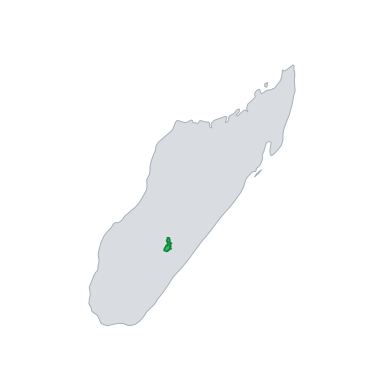 Isandra, Haute Matsiatra, Madagascar shown in context, rotated 24°
{"feature_id": "10022922B29889196912325", "entity_name": "Isandra", "entity_type": "district", "adm_level": 2, "iso_a3": "MDG", "parent_name": "Madagascar", "parent_adm1": "Haute Matsiatra", "projection": "equal_earth", "projection_center": [46.965, -21.25], "detail": "fine", "context": "in_parent", "style": "filled", "palette": "green", "viewbox_px": 384, "rotation_deg": 24, "n_neighbors": 0, "source": "geoboundaries", "source_scale": "gbopen_adm2", "svg_char_len": 5903}
<svg xmlns="http://www.w3.org/2000/svg" viewBox="0 0 384 384"><g transform="rotate(24 192 192)"><path d="M238.4,43.3L239.2,45.8L240.1,48.2L243.0,53.9L244.3,56.1L245.3,58.5L245.8,63.1L247.7,70.4L249.4,81.4L249.9,92.5L250.4,97.7L251.7,102.5L253.9,107.5L254.6,113.1L253.2,118.8L251.2,124.2L250.7,125.2L249.8,126.6L249.4,126.5L247.8,125.2L246.5,122.9L244.9,117.5L244.3,114.8L243.6,114.4L241.7,114.6L240.3,116.3L240.0,117.4L240.3,120.4L240.8,123.1L241.1,125.9L241.1,129.3L241.6,130.4L242.4,131.3L243.1,133.5L243.2,139.0L242.7,141.7L241.4,144.0L241.5,145.3L241.9,146.7L241.5,147.5L239.7,148.5L238.9,149.4L237.9,151.8L236.4,156.7L236.1,159.1L237.1,166.7L236.8,172.1L234.7,182.3L233.6,187.1L231.9,192.9L229.4,200.5L226.9,210.1L224.8,219.9L223.2,225.8L221.4,231.6L219.0,241.9L216.9,252.3L213.9,263.7L209.7,276.4L209.2,278.0L208.4,284.5L207.4,290.1L206.3,295.7L204.0,304.9L203.7,307.7L203.2,310.4L200.9,316.1L200.0,318.2L199.3,320.5L199.0,323.4L198.3,326.1L196.7,331.2L194.2,335.6L192.6,337.2L189.0,339.5L187.2,340.0L183.2,340.0L179.3,341.3L175.3,343.9L171.4,346.7L170.0,348.1L168.3,348.9L163.2,349.1L161.6,348.4L156.5,343.7L154.5,342.9L150.7,342.3L149.6,341.8L148.5,341.2L147.0,338.7L143.9,336.6L143.2,336.0L142.7,334.5L142.4,333.0L141.6,331.2L141.0,327.9L140.0,325.6L137.2,321.4L136.8,320.1L136.6,315.7L136.6,312.8L136.3,307.3L136.6,304.8L137.6,302.5L137.2,300.0L136.1,297.4L135.7,294.7L134.9,292.2L131.9,287.7L131.2,285.5L130.7,283.2L129.5,276.2L129.4,273.7L129.5,268.5L129.9,265.8L130.6,263.9L130.7,262.5L131.2,261.3L131.9,260.3L132.3,259.2L133.4,252.5L134.8,251.0L136.8,250.1L138.5,248.4L139.4,246.0L140.4,241.1L142.9,236.3L143.9,233.7L146.0,229.8L147.8,224.4L148.4,221.8L148.7,219.2L149.2,213.5L149.5,210.6L149.4,207.7L148.4,204.8L145.8,199.5L145.7,198.5L145.9,194.6L145.6,191.7L144.7,188.9L143.4,186.2L142.2,181.2L141.6,172.9L141.7,169.9L141.3,167.2L140.4,164.6L141.0,160.2L148.6,144.0L148.9,142.1L148.6,137.2L148.7,134.3L149.0,133.3L149.6,132.6L150.9,132.3L157.1,131.6L157.9,131.1L159.5,129.8L161.6,127.1L162.6,126.4L163.4,126.7L164.0,127.8L164.7,128.4L167.2,127.2L168.2,127.2L169.2,127.4L169.6,126.3L169.9,124.8L170.2,123.7L170.9,123.2L174.2,122.8L176.2,122.4L178.9,121.4L179.5,121.6L181.7,125.3L182.3,125.6L183.2,125.8L183.9,125.1L182.1,123.1L181.9,122.1L182.0,120.8L182.9,118.1L184.5,116.1L188.0,113.0L191.6,109.4L192.6,109.2L193.5,109.7L194.2,114.0L194.1,114.7L194.7,114.7L195.4,114.2L196.0,112.5L196.0,111.1L195.5,109.7L195.3,108.6L195.3,107.5L197.1,105.0L198.6,102.6L199.2,99.8L199.8,98.5L201.4,97.0L201.8,97.2L202.2,98.4L202.4,99.7L202.0,101.0L201.4,102.2L201.2,103.9L202.0,104.2L202.9,103.8L204.0,100.8L205.4,97.9L206.2,96.5L207.2,95.4L208.9,95.6L210.6,96.3L207.9,93.3L207.2,89.1L210.4,82.0L210.5,80.5L210.9,80.0L211.1,79.5L209.5,77.1L209.2,75.9L209.4,74.0L210.2,72.4L210.9,71.3L211.9,70.9L212.7,71.5L214.5,73.5L215.7,73.8L217.2,71.9L218.4,69.5L220.1,67.8L222.2,66.8L225.3,63.1L227.3,55.2L227.4,52.9L227.0,50.2L226.3,47.5L225.1,44.2L225.4,43.5L227.1,43.9L227.7,43.5L229.5,40.5L232.6,34.9L233.6,35.0L234.4,36.0L234.7,37.5L235.3,38.7L237.4,41.3L238.4,43.3ZM217.3,65.4L217.3,66.2L215.0,65.9L214.6,62.9L215.7,62.8L216.0,61.6L216.7,61.4L217.4,64.1L217.3,65.4ZM244.9,148.7L242.9,153.0L243.5,149.4L245.8,144.3L246.4,143.9L244.9,148.7Z" fill="#d9dde1" stroke="#a8b0b8" stroke-width="1"/><path d="M195.1,253.4L194.9,253.4L194.7,253.3L194.7,253.2L194.8,253.1L194.7,252.9L194.9,252.9L195.0,253.0L195.2,252.9L195.5,252.9L195.8,252.8L195.9,252.6L196.0,252.5L196.0,252.4L195.9,252.1L195.8,251.9L195.7,251.8L195.4,251.8L195.2,251.8L194.9,251.6L194.7,251.5L194.5,251.4L194.4,251.3L194.4,251.2L194.5,250.9L194.4,250.7L194.5,250.6L194.5,250.4L194.8,250.3L194.8,250.1L194.7,250.0L194.6,249.9L194.4,249.9L194.2,249.8L193.9,249.7L193.8,249.8L193.8,249.7L193.7,249.5L193.7,249.4L193.8,249.2L194.0,249.2L193.9,249.0L193.9,248.9L193.9,248.7L193.7,248.7L193.5,248.4L193.6,248.2L193.4,248.3L193.2,248.4L193.2,248.5L193.0,248.4L192.9,248.3L192.9,248.2L193.0,247.9L193.0,247.7L193.3,247.6L193.5,247.6L193.6,247.4L193.4,247.3L193.4,247.2L193.2,247.1L193.2,246.9L192.9,246.9L192.7,247.0L192.4,247.0L192.2,246.9L192.3,246.8L192.3,246.7L192.2,246.6L191.9,246.5L191.7,246.6L191.6,246.4L191.4,246.2L191.3,245.9L191.4,245.6L191.4,245.4L191.5,245.4L191.5,245.2L191.4,245.2L191.4,244.9L191.3,244.7L191.1,244.6L191.0,244.4L190.9,244.3L190.7,244.2L190.4,244.1L190.4,243.8L190.3,243.7L190.3,243.4L190.2,243.3L190.1,243.2L189.8,243.2L189.7,243.2L189.7,243.3L189.6,243.5L189.4,243.8L189.2,243.8L189.1,243.7L188.9,243.7L188.7,243.5L188.4,243.6L188.1,243.8L188.2,244.1L188.3,244.2L188.5,244.7L188.6,244.9L188.6,245.2L188.6,245.3L188.6,245.5L188.6,245.8L188.6,246.0L188.5,246.3L188.7,246.5L188.7,246.8L188.8,246.9L188.9,247.0L189.0,247.0L189.3,247.1L189.5,247.2L189.5,247.4L189.6,247.5L189.7,247.8L189.8,247.9L189.7,248.0L189.8,248.1L190.0,248.0L190.0,247.9L190.1,247.7L190.3,247.7L190.3,247.8L190.3,248.1L190.5,248.0L190.8,248.1L190.8,248.3L190.9,248.5L191.0,248.7L191.0,248.8L191.0,249.0L191.1,249.5L191.1,249.8L191.3,249.8L191.3,249.7L191.3,249.8L191.4,250.1L191.7,250.2L191.6,250.3L191.7,250.6L191.5,250.8L191.4,250.8L191.3,251.2L191.3,251.3L191.2,251.3L190.8,251.3L190.7,251.4L190.4,251.3L190.2,251.2L190.2,251.3L190.1,251.7L190.1,251.9L190.1,252.2L190.1,252.3L190.1,252.5L190.2,252.8L190.2,253.0L190.2,253.3L190.0,253.7L189.9,253.8L189.9,254.0L189.9,254.3L190.0,254.5L189.9,254.9L190.1,255.0L190.1,255.3L190.1,255.6L190.0,255.8L190.0,256.0L190.0,256.4L190.1,256.5L190.3,256.7L190.5,256.6L190.8,256.8L190.9,256.7L191.0,256.7L191.3,256.6L191.5,256.7L192.0,256.4L192.3,256.4L192.3,256.5L192.5,256.6L192.8,256.7L193.0,256.7L193.1,256.4L193.4,256.2L193.5,256.1L193.8,256.0L193.8,255.9L193.7,255.9L193.6,255.7L193.7,255.3L193.8,255.2L194.1,255.0L194.2,254.9L194.3,254.9L194.3,254.7L194.4,254.4L194.5,254.3L194.5,254.1L194.5,253.9L194.8,253.9L194.8,253.7L195.0,253.6L195.1,253.4Z" fill="#22c55e" stroke="#15803d" stroke-width="1.5"/></g></svg>